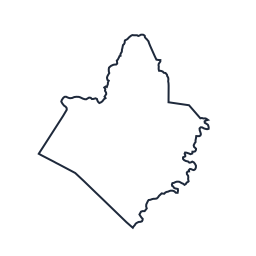 the district of Tanhaçu, Bahia, Brazil, rotated 18°
{"feature_id": "56859067B85433872585656", "entity_name": "Tanhaçu", "entity_type": "district", "adm_level": 2, "iso_a3": "BRA", "parent_name": "Brazil", "parent_adm1": "Bahia", "projection": "albers", "projection_center": [-41.159, -14.129], "detail": "fine", "context": "isolated", "style": "outline", "palette": "slate", "viewbox_px": 256, "rotation_deg": 18, "n_neighbors": 0, "source": "geoboundaries", "source_scale": "gbopen_adm2", "svg_char_len": 3460}
<svg xmlns="http://www.w3.org/2000/svg" viewBox="0 0 256 256"><g transform="rotate(18 128 128)"><path d="M163.4,221.4L163.7,220.0L164.5,218.2L164.8,216.8L165.5,215.7L167.1,214.1L169.0,213.3L170.1,212.4L170.3,210.9L170.0,209.8L168.6,209.1L166.9,207.8L165.6,206.7L165.9,205.2L166.2,203.6L167.4,202.6L169.5,201.9L170.0,200.6L170.7,198.7L169.5,197.0L169.0,195.0L169.3,192.9L169.5,191.3L169.9,190.1L171.4,189.4L172.9,188.2L174.1,187.5L175.7,186.9L177.1,186.2L178.0,184.6L178.5,182.9L179.4,181.3L180.2,179.8L181.5,179.6L182.8,179.3L183.4,177.9L184.4,176.9L185.7,176.2L186.7,175.3L187.9,174.4L189.6,173.9L191.0,173.8L192.1,174.1L193.5,174.8L195.2,174.3L194.9,172.0L194.2,170.6L193.0,170.7L191.6,170.9L190.1,170.6L189.0,169.6L187.9,169.4L187.2,168.2L187.3,166.7L188.6,166.0L189.8,164.8L191.1,163.9L192.4,163.5L193.4,163.3L194.6,163.5L195.9,163.8L197.8,164.0L199.3,164.6L200.3,163.4L200.7,161.7L201.5,161.0L202.1,160.0L201.5,159.0L200.9,157.8L200.6,156.3L199.9,154.8L198.3,153.7L197.7,152.2L198.1,151.1L199.5,150.4L198.9,149.2L199.6,147.8L200.8,147.6L202.4,147.8L203.6,147.7L204.6,146.5L204.8,144.8L204.3,142.9L203.0,141.6L201.3,140.4L199.5,140.1L198.3,141.4L197.0,142.0L195.5,141.3L193.1,141.5L191.3,141.2L189.9,140.4L189.4,138.9L190.3,138.1L191.2,137.3L190.8,136.0L189.8,135.0L189.9,133.7L191.2,133.4L192.6,133.4L193.8,133.4L195.5,133.6L197.0,132.4L196.6,130.6L198.0,130.2L199.1,129.4L199.4,127.8L199.1,126.7L197.9,126.1L196.6,125.5L195.8,124.1L196.1,121.9L196.6,120.5L196.0,118.7L195.8,116.7L195.4,114.6L197.1,114.1L198.4,113.7L199.2,112.7L199.2,111.3L198.4,110.0L196.9,108.0L196.2,106.3L196.9,104.9L198.3,104.5L200.2,104.9L201.8,104.9L203.6,104.7L204.9,103.9L204.6,102.6L203.9,101.4L202.9,100.2L201.1,99.7L199.4,99.3L198.8,98.0L199.7,96.8L201.5,95.6L199.6,95.0L198.4,95.0L196.9,95.6L195.1,95.7L193.8,96.4L179.0,87.5L169.7,89.1L158.6,91.0L153.6,75.3L152.7,72.9L151.8,71.2L151.3,69.0L150.5,67.5L149.4,66.7L148.6,65.3L146.7,64.1L144.9,64.4L143.6,63.6L142.2,63.5L141.0,63.6L139.9,64.0L139.2,63.0L138.7,61.8L138.3,60.1L137.6,58.8L137.4,57.5L137.8,56.1L138.2,54.8L137.8,53.4L135.9,53.9L133.9,54.2L131.5,51.7L124.0,43.4L122.3,41.4L121.4,40.3L120.7,39.2L119.6,38.6L118.7,37.9L117.3,37.3L116.0,36.4L115.4,35.1L113.9,34.6L112.4,34.9L111.3,35.4L110.4,36.5L109.3,37.3L108.1,37.0L106.7,37.4L104.8,38.0L103.4,38.3L102.3,39.4L100.9,41.6L100.0,43.6L98.9,44.8L98.0,45.7L98.2,46.9L98.5,48.0L98.3,49.5L97.6,50.7L97.8,52.4L98.0,54.1L98.0,55.4L98.4,56.6L98.5,57.7L98.2,58.8L98.0,60.3L98.6,61.6L97.7,62.2L97.6,63.4L97.4,64.7L97.2,66.1L96.5,67.3L97.4,69.0L97.8,70.1L97.1,71.3L95.2,72.0L94.2,72.7L92.7,74.1L92.0,75.2L91.3,76.4L91.5,78.0L92.3,80.2L93.2,81.5L92.7,83.6L92.4,85.3L92.5,86.8L93.6,88.6L95.1,89.0L94.8,90.8L95.3,92.5L95.2,93.9L95.2,95.5L94.0,95.4L92.9,96.8L94.4,98.0L94.6,99.7L96.2,101.1L96.8,102.4L96.4,104.0L96.0,105.5L97.4,106.5L96.2,108.1L95.7,109.7L95.2,110.8L94.2,112.1L93.0,113.1L91.4,112.3L90.3,111.2L89.5,110.0L88.0,109.8L86.2,111.0L84.7,111.6L83.2,110.8L81.6,111.1L80.4,112.4L79.4,113.6L77.9,114.0L76.0,114.0L74.5,113.8L73.1,113.6L71.6,113.6L69.2,114.3L67.3,115.2L65.6,116.7L63.6,117.6L62.1,117.7L61.0,117.6L59.4,117.4L58.0,118.0L57.1,119.4L56.8,120.5L56.4,121.8L56.4,123.5L57.9,124.9L58.9,125.6L60.3,126.5L62.1,127.0L63.5,128.0L64.1,129.6L62.5,136.7L53.3,171.7L51.4,178.8L51.1,180.1L54.3,180.7L56.1,181.0L68.2,183.0L70.8,183.5L72.8,183.8L91.7,187.1L102.2,192.0L117.1,199.3L125.2,203.2L155.7,218.1L163.4,221.4Z" fill="none" stroke="#1e293b" stroke-width="2"/></g></svg>